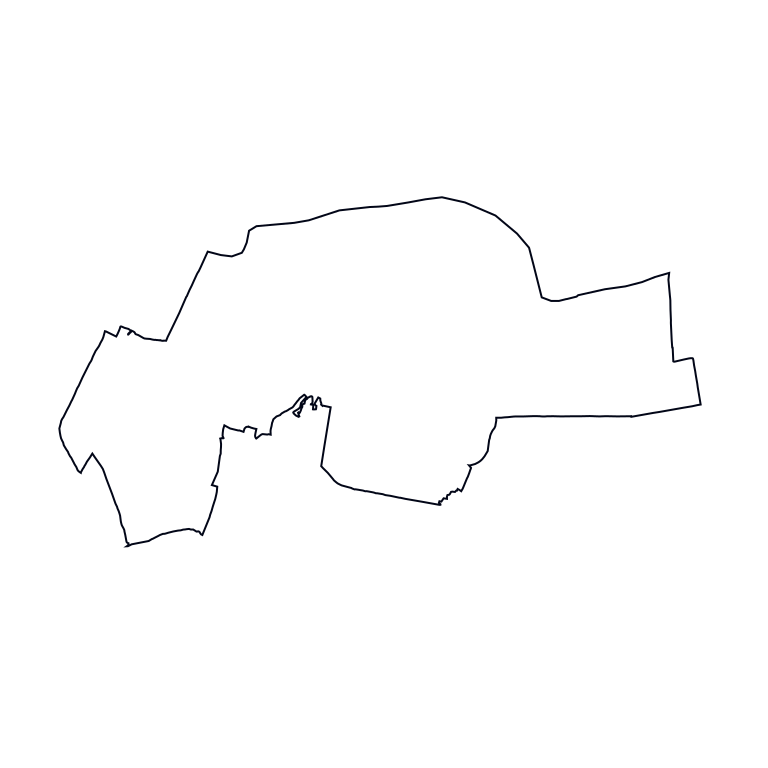 outline of Peceneaga, Tulcea, Romania, rotated 97°
{"feature_id": "2599482B15466890128615", "entity_name": "Peceneaga", "entity_type": "district", "adm_level": 2, "iso_a3": "ROU", "parent_name": "Romania", "parent_adm1": "Tulcea", "projection": "orthographic", "projection_center": [28.191, 45.007], "detail": "fine", "context": "isolated", "style": "outline", "palette": "ink", "viewbox_px": 768, "rotation_deg": 97, "n_neighbors": 0, "source": "geoboundaries", "source_scale": "gbopen_adm2", "svg_char_len": 6097}
<svg xmlns="http://www.w3.org/2000/svg" viewBox="0 0 768 768"><g transform="rotate(97 384 384)"><path d="M274.1,575.1L291.0,580.4L295.1,581.8L295.4,582.1L297.6,583.0L304.8,585.3L309.7,586.8L314.2,588.4L319.5,590.0L320.7,590.3L321.7,590.9L338.6,595.9L356.6,602.0L363.8,604.5L367.6,605.5L367.8,607.9L368.1,608.6L368.1,610.1L367.8,611.4L368.0,611.5L368.0,614.4L368.1,615.2L368.0,616.1L368.2,617.5L368.1,619.3L367.8,621.8L368.0,625.3L368.0,627.4L367.6,628.6L365.4,633.8L364.8,636.5L364.4,637.0L363.8,637.4L363.3,637.7L362.8,638.4L362.4,639.3L361.8,641.1L363.4,641.6L364.4,642.6L365.9,643.6L366.1,643.8L366.1,644.0L365.8,644.1L365.4,644.0L364.7,643.5L363.2,642.3L362.0,641.6L360.5,644.3L359.9,648.3L359.1,651.0L358.9,652.1L359.1,652.5L359.5,652.7L361.0,652.9L363.3,653.5L366.3,654.4L368.9,655.3L369.0,655.4L369.5,655.6L366.1,665.3L365.8,666.1L365.6,667.4L371.7,668.3L374.3,669.0L377.7,670.4L380.5,671.3L381.7,671.8L386.4,674.3L392.3,676.3L395.6,677.1L396.8,677.5L399.7,678.9L403.1,680.1L414.3,684.1L423.0,686.8L425.6,688.0L428.7,688.9L431.1,689.5L438.1,691.7L439.2,692.2L443.8,693.7L448.4,695.5L455.8,698.1L458.2,699.3L460.1,699.9L462.0,700.0L467.7,700.8L471.7,699.8L474.9,698.8L477.3,697.9L479.7,696.4L481.1,695.4L483.9,694.3L487.5,691.5L490.0,689.3L491.1,688.8L492.0,688.2L494.1,686.7L495.1,685.6L500.5,681.9L501.3,681.4L504.0,679.2L506.7,677.7L507.7,676.7L508.6,675.2L509.1,674.1L508.7,674.1L505.3,672.8L502.9,671.6L501.6,671.2L500.5,670.6L497.3,669.4L492.7,666.9L488.8,665.1L488.6,665.0L491.8,662.2L499.9,654.9L502.6,652.7L504.1,651.9L505.8,651.0L512.0,648.0L526.2,640.5L535.5,635.9L538.4,634.0L540.1,633.3L542.4,631.9L544.7,630.8L546.8,629.9L552.3,628.5L553.8,628.0L555.8,627.2L556.9,626.5L559.1,624.9L560.6,624.0L562.1,623.6L565.4,622.4L571.5,620.5L572.5,620.0L572.9,619.3L573.2,618.2L574.1,618.1L575.0,618.3L575.6,618.6L576.4,619.5L576.2,618.4L574.7,616.1L573.9,615.0L568.5,598.4L566.2,595.5L565.9,594.8L564.1,592.2L562.5,589.8L561.2,588.0L559.7,585.2L559.4,583.4L558.7,581.7L558.0,580.2L556.1,575.3L554.6,570.6L554.0,567.9L553.0,565.6L552.6,563.7L552.1,562.0L551.6,559.8L552.0,558.0L551.7,555.6L552.4,554.1L553.3,552.2L553.3,551.6L553.0,550.9L552.9,550.0L553.5,548.9L554.4,548.3L555.5,547.3L556.0,545.9L537.5,540.9L535.0,540.6L531.1,539.7L526.6,539.0L521.3,538.0L518.9,537.5L514.2,537.0L511.5,536.8L506.2,537.0L505.3,542.5L491.3,538.3L475.4,538.1L473.1,537.6L469.2,538.0L466.5,538.1L463.4,538.4L458.7,539.6L458.1,539.9L457.4,538.1L457.6,537.2L457.2,536.7L455.2,537.9L452.3,538.1L448.5,538.1L444.5,537.4L446.9,531.3L447.9,523.0L447.7,521.9L448.6,517.6L445.2,517.0L443.7,515.8L443.4,515.3L443.1,514.5L443.1,513.3L442.8,513.2L443.5,510.8L443.9,508.5L444.1,507.0L444.2,505.2L448.6,505.6L450.7,505.7L452.1,505.4L453.6,504.4L453.7,504.1L450.8,501.3L449.3,499.8L448.6,498.7L448.5,498.2L448.4,493.7L447.9,492.4L448.1,490.3L444.5,490.9L442.7,490.9L441.1,490.7L439.6,490.5L436.0,490.3L435.1,490.0L432.5,489.5L429.3,486.7L427.5,483.3L426.8,482.9L425.5,481.8L424.1,479.9L423.6,479.4L422.9,477.9L422.1,476.8L421.4,475.9L420.7,475.2L418.4,472.0L417.2,471.1L415.8,470.4L413.7,469.1L411.9,468.1L410.2,466.9L408.5,466.0L404.4,461.9L404.7,461.2L406.3,459.4L409.1,461.4L412.9,464.0L417.3,464.4L419.1,465.8L422.3,469.9L423.2,470.6L424.2,470.1L426.0,467.6L427.0,464.8L426.5,464.1L423.0,465.8L422.5,465.3L423.0,464.3L422.6,464.0L420.4,463.3L418.5,463.0L416.7,462.3L415.5,462.4L414.9,462.6L414.5,462.7L414.1,462.4L413.8,461.8L413.5,461.6L413.4,461.0L413.1,460.5L410.9,460.4L409.1,459.9L408.1,458.5L407.5,458.3L406.9,457.8L406.1,456.7L405.8,456.0L405.3,455.7L405.0,454.3L405.5,453.6L406.7,453.3L410.4,452.7L412.2,453.0L412.9,454.1L413.2,454.1L413.3,452.8L413.2,451.8L413.6,451.6L417.8,451.4L417.8,450.5L417.4,448.5L417.0,448.4L414.0,448.4L413.7,449.1L412.3,450.6L405.4,447.6L406.2,445.5L408.4,445.1L411.0,443.8L412.1,443.9L413.2,442.3L412.9,442.1L413.6,434.1L452.4,435.6L473.2,436.3L475.0,434.2L479.0,429.0L484.7,422.9L485.7,422.0L487.1,419.9L488.2,418.1L488.5,417.4L489.3,415.2L489.8,413.7L490.3,410.2L490.8,406.7L491.2,403.7L491.6,402.9L492.2,400.4L492.0,399.3L492.1,396.4L492.2,394.8L492.3,392.0L492.7,389.8L492.7,389.2L492.5,388.1L492.6,386.1L492.9,381.6L493.1,380.1L493.4,379.0L493.4,378.3L493.3,377.3L493.5,371.8L494.1,369.1L494.2,364.1L495.0,354.9L494.9,354.2L495.4,348.8L496.2,332.4L497.2,314.3L497.0,313.3L496.5,313.3L495.2,315.0L493.6,314.7L493.7,312.7L490.2,310.9L490.3,307.5L488.1,307.8L486.5,307.5L485.9,305.7L485.4,305.3L482.9,304.3L482.5,303.1L482.5,300.4L480.8,299.1L480.8,298.5L479.2,298.1L480.1,295.9L481.0,294.3L478.5,293.2L477.2,292.8L470.6,291.0L467.4,290.1L465.9,289.5L462.2,288.6L458.4,287.8L457.8,287.6L456.6,287.4L454.4,289.7L454.4,288.8L452.3,283.8L450.4,281.0L449.4,279.8L448.2,278.6L446.6,277.3L443.5,275.4L437.9,272.9L426.7,272.8L425.0,272.4L422.6,272.3L420.7,271.9L418.3,271.1L416.8,270.5L414.5,269.1L412.4,268.4L406.6,268.1L403.8,268.5L403.2,263.6L402.4,260.2L401.8,256.9L401.0,253.5L400.4,250.8L400.1,248.7L399.2,241.5L397.6,231.3L397.3,228.6L397.0,225.5L397.0,224.0L396.9,222.9L396.7,220.8L396.1,217.9L395.6,213.9L395.5,213.7L394.9,207.4L394.5,203.6L393.7,197.8L392.4,187.9L392.0,184.5L390.8,176.1L390.6,174.2L390.3,170.5L389.9,166.1L388.9,159.9L387.7,148.3L386.0,135.7L385.8,134.7L386.4,134.5L386.2,133.8L379.9,113.3L378.2,107.3L376.7,102.4L371.1,84.1L368.5,75.3L366.8,70.5L365.8,67.2L349.0,72.2L345.5,73.1L337.6,75.5L333.3,76.7L327.7,78.5L322.8,79.8L321.2,80.4L320.9,80.7L320.8,81.2L321.0,82.7L321.5,84.6L323.2,89.5L326.4,98.2L326.5,98.9L326.4,99.4L326.3,99.6L312.8,101.9L312.6,102.0L312.6,102.4L305.4,103.8L291.4,106.2L288.5,106.7L285.7,107.0L275.4,108.7L266.0,110.0L264.1,110.4L261.5,111.0L245.9,114.4L239.0,114.5L244.7,127.9L251.4,140.3L257.7,156.3L263.0,176.2L272.2,202.1L273.8,203.5L277.3,212.6L277.6,213.7L280.2,220.4L281.2,228.1L278.8,238.0L247.6,250.1L231.4,256.5L230.9,256.8L218.5,270.3L203.2,293.9L193.9,325.8L191.6,349.2L195.6,365.3L200.9,382.2L206.9,402.6L208.7,411.5L210.1,419.8L217.1,449.4L230.7,478.6L235.0,492.8L242.9,529.8L248.3,536.6L260.4,537.5L267.5,539.5L271.1,541.1L275.9,550.6L275.9,561.6L274.1,575.1Z" fill="none" stroke="#020617" stroke-width="2"/></g></svg>